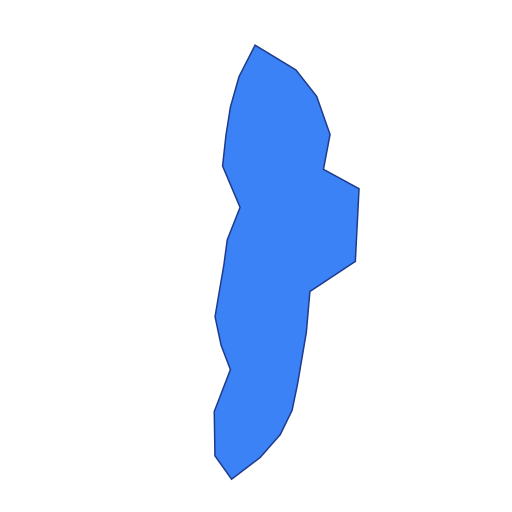 Fikardou, Nicosia, Cyprus (Albers equal-area conic projection), rotated 154°
{"feature_id": "46923920B91359939250801", "entity_name": "Fikardou", "entity_type": "district", "adm_level": 2, "iso_a3": "CYP", "parent_name": "Cyprus", "parent_adm1": "Nicosia", "projection": "albers", "projection_center": [33.185, 34.974], "detail": "fine", "context": "isolated", "style": "filled", "palette": "blue", "viewbox_px": 512, "rotation_deg": 154, "n_neighbors": 0, "source": "geoboundaries", "source_scale": "gbopen_adm2", "svg_char_len": 527}
<svg xmlns="http://www.w3.org/2000/svg" viewBox="0 0 512 512"><g transform="rotate(154 256 256)"><path d="M319.4,219.4L326.5,191.1L328.8,165.1L361.7,134.5L380.5,94.4L375.8,66.1L340.6,73.1L312.4,84.9L291.2,101.5L274.8,122.7L244.3,165.2L223.1,200.5L180.6,206.1L169.1,207.6L145.6,250.1L133.9,271.3L157.4,304.3L136.2,332.7L131.5,372.8L138.6,405.8L164.4,445.9L192.6,424.7L213.7,401.1L230.2,377.5L246.6,351.5L249.0,306.7L274.8,283.1L288.9,261.9L306.9,236.9L319.4,219.4Z" fill="#3b82f6" stroke="#1e3a8a" stroke-width="1.5"/></g></svg>